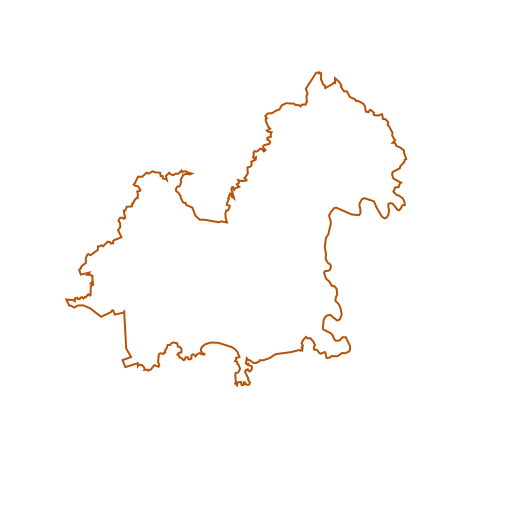 the district of Cihuatlán, Jalisco, Mexico, rotated 327°
{"feature_id": "50627088B34623658197151", "entity_name": "Cihuatlán", "entity_type": "district", "adm_level": 2, "iso_a3": "MEX", "parent_name": "Mexico", "parent_adm1": "Jalisco", "projection": "robinson", "projection_center": [-104.64, 19.263], "detail": "fine", "context": "isolated", "style": "outline", "palette": "amber", "viewbox_px": 512, "rotation_deg": 327, "n_neighbors": 0, "source": "geoboundaries", "source_scale": "gbopen_adm2", "svg_char_len": 6135}
<svg xmlns="http://www.w3.org/2000/svg" viewBox="0 0 512 512"><g transform="rotate(327 256 256)"><path d="M434.1,238.8L433.9,236.5L432.3,235.5L435.9,234.6L435.4,233.4L435.9,228.9L437.6,227.0L438.2,219.5L437.7,217.9L439.5,216.3L439.7,215.2L438.9,211.4L437.1,210.4L438.9,205.7L434.7,204.6L432.1,202.6L431.7,201.4L432.9,200.3L431.8,195.9L430.9,195.5L428.8,196.6L426.7,194.8L428.9,189.7L428.8,186.5L426.3,181.8L424.3,180.5L424.4,178.5L421.3,173.7L421.9,167.5L419.5,165.8L419.3,160.5L420.4,159.8L420.6,155.0L419.0,150.0L416.5,154.0L415.2,152.9L413.9,153.5L405.6,152.9L406.6,150.4L405.8,149.0L406.8,143.1L410.2,138.2L408.5,137.3L409.1,136.5L406.3,135.1L388.9,142.9L387.6,148.2L385.7,149.0L382.3,154.8L381.5,154.7L380.1,156.1L377.2,154.1L374.9,154.8L374.4,153.1L371.4,150.9L370.8,148.9L364.3,144.2L359.6,143.7L355.2,145.9L352.6,145.1L347.2,144.9L343.5,142.9L340.0,143.7L340.1,146.5L338.7,146.4L337.9,147.7L336.7,154.3L337.2,157.0L333.5,156.6L333.7,158.3L336.5,160.6L334.1,162.5L333.6,164.1L329.9,163.0L328.9,164.7L329.9,165.9L330.0,168.2L328.0,169.2L323.5,167.5L321.7,167.8L321.1,169.0L321.6,172.4L319.6,172.6L319.3,170.2L318.1,168.3L314.1,168.9L312.7,168.4L312.1,167.3L310.5,167.7L308.8,170.4L307.4,171.3L307.7,173.0L309.7,173.2L308.1,175.1L303.4,174.3L302.6,176.4L300.8,178.0L297.0,177.2L294.0,182.4L288.7,184.4L289.5,186.9L289.0,187.5L284.8,185.4L282.4,182.7L282.2,184.4L281.4,185.4L279.0,185.4L279.6,188.9L275.7,187.8L273.8,188.6L274.2,185.5L273.0,185.3L271.7,186.9L269.0,195.8L267.9,192.7L269.6,190.3L268.3,189.4L264.1,192.5L264.5,193.2L259.6,196.6L259.5,197.6L261.3,199.5L260.9,200.3L257.5,202.5L255.7,201.6L253.2,204.1L251.3,207.5L249.9,212.1L245.8,208.1L243.0,207.3L233.1,198.0L228.6,194.9L227.1,189.1L229.0,180.8L225.4,175.4L225.9,173.0L224.7,172.3L224.0,170.7L224.6,166.1L225.4,164.8L225.4,160.7L224.4,158.3L225.1,156.4L227.7,154.9L229.9,155.9L230.7,155.5L233.6,153.1L234.2,151.3L239.1,148.3L242.5,149.3L244.9,151.6L247.0,151.9L244.4,149.0L243.7,147.2L241.3,145.6L239.7,145.6L240.0,143.8L235.4,144.7L233.5,143.1L230.7,143.2L229.0,141.2L228.6,138.9L224.1,139.8L222.6,143.7L222.3,142.4L220.2,140.4L221.2,138.1L219.5,137.2L220.9,134.0L216.9,130.8L215.5,128.7L210.8,128.4L209.7,126.5L203.8,127.6L200.2,125.2L193.7,129.2L192.4,129.3L192.6,130.9L195.0,133.3L195.0,137.7L194.3,138.2L191.5,137.2L190.3,140.7L188.8,141.7L188.4,143.0L187.2,142.4L184.6,143.0L181.5,145.0L180.9,144.6L178.9,146.8L174.4,144.3L171.2,146.6L169.8,146.0L166.9,153.0L165.2,152.6L164.9,151.1L162.8,150.0L159.9,151.5L159.8,154.5L158.0,157.8L154.4,159.2L153.4,167.0L145.3,165.4L144.4,165.6L143.2,167.5L140.9,166.3L141.2,165.0L139.4,163.2L133.1,164.6L132.2,162.7L130.3,162.9L128.7,161.9L126.7,164.7L117.6,165.2L116.3,163.0L114.6,163.4L112.1,165.2L109.6,169.1L104.1,169.5L102.3,171.0L100.1,171.3L99.0,176.2L107.0,179.1L104.3,179.9L107.0,181.6L108.1,183.9L107.2,184.4L104.3,190.2L104.0,188.4L102.3,189.1L103.2,189.8L103.1,191.2L100.9,191.4L95.9,198.8L95.0,198.7L94.8,197.0L94.0,196.8L91.2,197.8L90.2,197.2L88.2,197.7L87.7,195.7L86.2,195.4L84.5,196.1L83.1,195.1L83.3,193.7L81.2,192.9L79.5,195.2L78.6,193.4L73.3,189.2L72.3,195.9L73.9,197.0L75.5,200.3L79.7,200.5L84.3,203.4L88.4,209.5L93.0,222.6L103.7,224.1L106.0,223.3L106.6,223.9L105.7,228.2L113.4,231.1L115.2,230.8L96.8,262.8L96.2,272.7L87.4,270.6L85.9,278.0L98.4,281.5L97.1,283.8L98.1,283.3L100.9,285.1L101.4,287.9L101.1,290.6L100.5,290.8L103.3,292.4L103.3,293.5L106.0,293.9L111.3,292.2L113.9,295.8L115.5,294.9L116.1,291.6L120.9,285.6L122.8,285.5L125.1,287.8L126.2,286.9L127.4,287.4L128.8,285.2L130.3,285.0L133.4,282.6L135.8,283.9L136.9,283.2L139.7,283.5L142.3,286.3L141.1,289.5L142.6,290.7L143.0,293.4L140.9,296.2L138.7,295.2L136.5,295.9L137.3,297.4L136.5,299.3L137.9,300.9L138.6,304.0L139.8,304.1L141.8,302.6L143.8,304.1L143.1,305.5L143.9,306.5L145.8,306.9L147.9,304.1L149.2,304.0L150.2,304.9L150.6,307.2L152.9,306.3L155.9,306.8L156.8,308.8L159.0,310.5L159.5,310.0L158.2,308.3L158.2,305.6L159.0,304.1L161.5,302.7L165.5,302.4L171.2,304.1L177.0,308.2L186.0,319.1L187.7,322.9L188.2,326.6L187.0,331.8L183.8,330.6L183.1,331.9L181.2,332.8L182.6,334.5L181.5,336.5L182.1,337.5L181.2,342.0L177.5,344.0L175.2,343.0L173.6,344.8L170.2,351.3L169.1,351.6L169.7,354.2L171.8,352.1L174.7,353.3L173.6,356.5L174.5,357.2L177.0,357.1L176.5,355.5L177.2,355.3L177.9,356.7L177.3,357.5L178.7,359.5L180.3,360.1L182.0,358.9L182.0,355.5L182.7,355.0L183.7,347.2L185.2,346.2L186.0,346.8L187.4,346.5L187.6,349.3L188.2,349.3L189.9,349.2L191.7,347.7L192.3,345.7L189.9,343.3L191.0,342.2L189.4,341.5L189.0,340.6L192.6,336.8L192.8,339.0L194.1,340.1L195.7,344.4L197.5,345.7L201.1,346.2L202.3,345.5L205.6,347.5L212.1,349.1L219.0,349.0L232.6,355.5L240.7,358.3L242.0,359.7L243.3,359.3L243.4,360.2L244.9,358.5L244.5,357.6L246.5,356.8L246.7,354.1L249.6,352.2L254.0,351.1L254.5,353.4L256.7,354.4L257.5,358.9L256.9,362.9L254.6,364.2L253.8,366.3L256.0,367.9L256.2,371.5L257.0,373.2L261.3,374.0L261.5,375.3L259.7,379.2L260.0,380.4L262.7,381.4L264.6,381.0L269.5,384.3L275.4,384.3L277.8,386.1L281.9,386.8L284.0,385.8L285.8,382.6L287.1,373.1L284.4,371.3L280.1,372.4L276.7,370.5L276.2,368.8L277.0,365.2L276.8,361.7L272.5,354.4L272.6,353.2L277.4,347.1L280.2,345.1L282.8,344.5L286.2,345.8L288.9,354.4L291.9,354.8L296.0,351.8L298.6,345.4L299.1,341.0L298.2,337.0L299.5,335.0L303.2,332.4L305.7,327.5L305.4,324.3L303.3,322.2L303.6,317.5L302.4,313.2L303.8,307.4L305.6,306.2L308.7,307.8L310.5,307.9L313.1,305.8L313.7,303.4L312.6,301.3L312.7,296.4L315.7,292.7L318.5,286.1L324.5,278.9L328.3,277.3L336.0,270.0L337.5,267.7L339.3,261.9L342.8,259.9L347.8,258.4L349.7,259.3L359.0,273.4L364.7,277.9L367.0,276.9L369.5,272.5L369.9,270.5L371.7,268.2L375.8,266.0L378.6,266.7L384.7,274.4L383.5,281.0L383.0,291.2L384.2,294.4L385.8,295.0L389.3,293.7L392.4,290.3L393.9,286.5L395.5,284.3L398.0,285.2L399.2,286.8L399.8,294.1L400.7,295.5L402.9,295.2L406.3,293.2L408.5,294.3L410.2,290.9L410.4,287.3L408.6,282.9L407.3,281.7L406.2,276.9L410.2,274.3L413.2,275.9L415.5,273.9L417.6,273.5L413.5,266.1L414.3,262.2L416.3,259.9L424.4,260.8L425.8,259.4L431.4,258.0L433.1,256.4L434.8,256.6L436.3,250.2L437.6,248.0L436.1,243.7L433.6,240.1L434.1,238.8Z" fill="none" stroke="#b45309" stroke-width="2"/></g></svg>